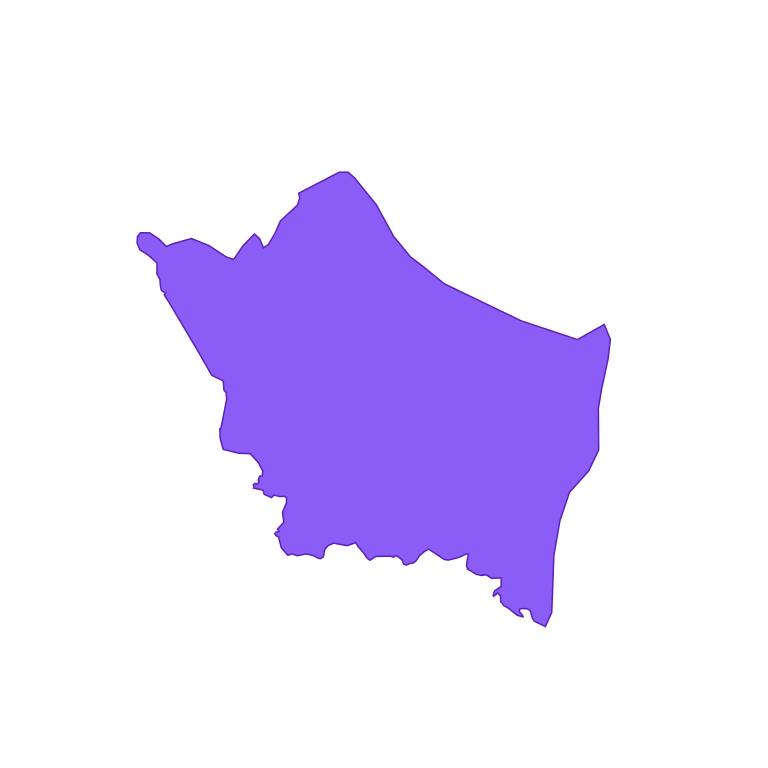 the district of Meinpea-Mahn, Nimba, Liberia, rotated 312°
{"feature_id": "62588387B99870761463073", "entity_name": "Meinpea-Mahn", "entity_type": "district", "adm_level": 2, "iso_a3": "LBR", "parent_name": "Liberia", "parent_adm1": "Nimba", "projection": "mercator", "projection_center": [-9.109, 7.008], "detail": "fine", "context": "isolated", "style": "filled", "palette": "violet", "viewbox_px": 768, "rotation_deg": 312, "n_neighbors": 0, "source": "geoboundaries", "source_scale": "gbopen_adm2", "svg_char_len": 3339}
<svg xmlns="http://www.w3.org/2000/svg" viewBox="0 0 768 768"><g transform="rotate(312 384 384)"><path d="M313.9,141.5L313.6,142.5L311.7,147.5L311.4,147.9L307.4,152.1L304.8,155.6L304.6,156.4L305.3,160.9L303.2,161.1L301.0,168.9L299.8,173.0L295.5,186.7L290.6,202.4L287.9,210.9L282.4,228.5L280.4,234.4L275.2,250.3L277.0,256.5L277.7,258.7L278.6,261.9L278.2,263.0L272.4,269.1L271.8,272.8L271.4,273.1L267.1,277.5L266.5,277.8L248.6,288.5L244.2,291.1L242.3,292.3L242.0,292.4L240.8,291.9L237.5,295.2L234.4,298.1L231.3,302.7L227.8,308.3L235.0,321.7L235.8,323.0L237.8,325.4L242.7,331.2L242.1,337.0L241.6,342.9L238.1,352.2L237.8,352.4L234.1,355.1L232.4,353.3L228.3,354.8L228.3,356.3L225.1,357.0L223.8,354.6L223.3,354.5L221.4,354.4L220.1,357.0L219.5,356.9L224.2,365.1L221.8,368.9L222.6,371.2L224.4,376.5L227.7,376.5L230.7,382.0L234.0,385.2L234.4,387.3L231.4,390.3L230.9,390.8L221.4,394.2L220.7,394.5L215.4,400.6L214.2,402.0L210.4,402.0L204.9,402.0L204.3,404.7L201.6,402.9L199.6,402.9L199.4,403.6L199.0,405.3L199.8,408.0L193.5,417.4L193.5,417.6L193.3,419.3L192.5,425.8L192.4,427.3L195.2,428.7L196.1,429.2L198.4,434.5L199.9,435.6L205.6,439.8L205.7,440.0L206.2,440.8L209.0,445.9L209.6,447.6L210.2,450.9L211.5,453.5L214.3,454.6L214.8,454.4L216.5,453.9L219.1,451.8L221.2,450.9L223.0,450.5L224.7,450.7L225.0,450.3L226.0,450.5L232.1,453.1L233.6,455.7L239.3,464.9L243.1,467.0L247.2,469.1L246.4,471.8L245.9,473.2L245.6,475.7L244.6,483.1L244.1,484.5L243.5,486.8L243.3,489.6L243.7,491.5L244.1,491.6L250.4,493.3L260.3,504.0L261.8,507.2L263.0,506.7L265.1,509.1L265.3,515.2L263.4,519.1L263.7,520.1L264.2,521.7L266.8,522.8L269.4,524.4L270.1,525.3L273.7,526.2L279.9,525.3L280.4,525.3L288.1,526.4L288.6,527.0L291.0,527.4L291.7,531.0L293.2,541.2L293.9,546.2L296.2,549.6L299.7,552.0L302.2,553.7L305.3,555.7L308.8,557.2L312.9,558.9L313.7,560.0L313.9,560.2L311.7,562.2L308.3,563.9L303.5,567.6L303.2,569.7L302.3,569.8L302.8,572.3L304.4,580.0L306.6,583.9L308.1,585.0L307.6,585.1L310.6,587.7L311.5,594.0L314.0,596.4L314.4,596.8L318.3,600.8L311.9,606.5L304.3,604.6L303.6,604.9L301.8,605.7L299.9,606.6L299.6,607.5L302.9,608.2L303.5,607.8L304.4,608.5L304.9,608.6L304.8,608.9L304.3,612.6L300.2,616.4L300.3,618.5L299.4,620.9L300.4,625.0L300.5,625.2L300.6,626.7L301.0,633.3L301.3,637.7L303.5,642.5L304.2,643.0L304.7,641.8L305.5,637.0L307.7,635.4L309.9,637.3L312.9,641.0L313.5,644.1L309.2,651.1L308.8,652.6L308.3,654.4L311.7,666.2L326.5,661.5L340.8,649.6L361.8,632.0L370.1,625.1L392.5,611.0L399.8,606.4L418.2,598.4L427.6,594.3L456.3,594.3L460.3,593.1L478.6,587.7L503.9,564.6L509.2,559.7L526.8,548.5L530.2,546.6L533.2,544.9L552.8,533.6L568.6,522.4L569.0,521.6L575.6,507.8L546.4,498.0L538.0,478.7L528.3,456.5L522.6,443.4L521.3,438.7L515.0,417.3L504.7,381.9L498.8,361.5L497.5,334.9L497.3,332.4L496.2,318.3L496.4,317.0L499.2,298.7L500.1,292.3L500.9,290.0L501.4,288.8L512.1,258.3L516.4,231.0L517.4,225.0L517.4,215.7L511.4,209.0L468.6,192.9L466.0,196.8L459.1,200.0L435.8,197.9L426.6,201.0L423.1,202.2L409.9,204.8L404.6,203.2L408.8,194.2L408.8,190.9L408.8,187.3L392.4,186.7L385.2,187.7L376.0,188.9L372.9,181.9L370.7,167.9L369.7,161.2L367.8,156.1L364.5,146.9L363.3,143.6L346.4,132.9L340.6,130.3L341.0,122.3L341.1,119.7L339.5,108.6L333.4,101.8L328.5,102.2L323.6,106.1L320.4,112.7L322.0,122.9L322.0,125.2L322.0,134.5L313.9,141.5Z" fill="#8b5cf6" stroke="#5b21b6" stroke-width="1.5"/></g></svg>